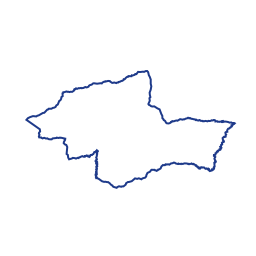 Ribas do Rio Pardo, Mato Grosso do Sul, Brazil, rotated 292°
{"feature_id": "56859067B15535908000846", "entity_name": "Ribas do Rio Pardo", "entity_type": "district", "adm_level": 2, "iso_a3": "BRA", "parent_name": "Brazil", "parent_adm1": "Mato Grosso do Sul", "projection": "albers", "projection_center": [-53.536, -20.581], "detail": "fine", "context": "isolated", "style": "outline", "palette": "blue", "viewbox_px": 256, "rotation_deg": 292, "n_neighbors": 0, "source": "geoboundaries", "source_scale": "gbopen_adm2", "svg_char_len": 5873}
<svg xmlns="http://www.w3.org/2000/svg" viewBox="0 0 256 256"><g transform="rotate(292 128 128)"><path d="M135.6,54.3L133.1,55.5L131.8,54.7L129.9,55.1L128.4,54.9L127.3,54.1L123.5,54.1L122.1,53.1L120.3,52.9L119.1,51.8L118.5,50.8L117.2,49.8L116.1,47.2L115.4,47.1L114.7,46.2L110.8,44.7L110.0,43.4L106.3,40.5L105.3,39.2L104.4,38.7L103.4,35.4L101.4,33.1L99.6,31.5L97.5,30.8L93.8,46.7L91.9,47.8L90.2,47.3L89.4,47.5L88.5,48.5L86.8,48.5L86.0,49.2L86.7,51.0L86.4,51.5L86.4,52.8L86.8,53.1L87.5,54.0L87.5,55.9L88.2,57.2L88.0,57.8L88.0,59.1L88.9,61.5L90.1,62.0L92.0,65.5L92.4,65.6L92.7,67.3L93.6,68.5L93.5,68.8L93.9,69.6L94.6,73.7L93.5,73.7L93.4,74.1L91.0,73.8L89.8,74.1L89.1,75.9L89.2,77.1L87.6,78.8L80.9,80.8L80.5,82.3L78.2,83.6L76.9,85.1L78.7,87.4L79.6,88.0L80.2,90.2L80.1,90.8L80.3,91.4L81.5,92.5L81.6,93.5L82.6,93.8L83.1,94.7L83.8,95.1L84.8,96.2L84.7,97.3L85.2,98.1L85.0,98.3L85.2,98.7L85.9,98.5L86.3,99.5L87.0,99.8L87.1,100.3L86.8,100.8L87.2,101.2L86.6,101.8L86.7,102.7L87.3,102.9L87.1,103.2L87.4,103.3L88.9,103.4L89.6,104.8L90.2,104.9L90.8,105.6L93.1,105.8L93.7,106.8L94.5,106.9L95.2,107.3L95.2,107.9L95.6,107.8L95.4,108.6L95.1,108.8L94.2,108.4L93.2,108.8L93.2,108.5L92.9,108.4L92.1,109.2L91.4,109.1L90.6,109.6L88.6,109.6L88.1,110.3L87.2,110.9L86.5,110.5L85.4,111.3L85.0,110.7L84.8,111.1L84.9,112.0L83.9,112.2L83.8,111.7L83.5,111.8L83.7,111.5L83.2,111.7L83.4,112.5L82.8,112.4L82.3,112.9L82.4,113.2L81.5,113.4L80.8,113.1L80.5,113.1L80.6,113.8L79.0,113.7L78.6,114.5L77.9,114.6L77.4,114.2L76.9,114.8L75.5,114.7L75.3,114.8L75.8,115.2L75.5,115.5L74.7,115.2L74.1,116.1L73.4,116.4L73.1,115.8L72.8,116.1L72.2,115.6L71.6,116.4L71.2,116.4L71.1,116.7L70.8,116.6L70.3,116.9L70.3,117.2L69.8,117.0L69.6,117.3L69.9,117.6L69.9,119.8L68.9,123.9L69.1,126.0L69.7,127.1L70.0,129.0L70.4,129.8L69.9,131.8L69.1,133.3L68.8,135.2L68.3,135.6L68.0,136.5L68.3,139.9L69.2,140.2L70.6,141.5L71.0,143.8L71.6,144.3L72.2,145.7L74.7,147.1L76.0,146.9L76.5,147.2L77.9,148.2L78.3,149.1L80.1,151.4L83.9,153.4L84.3,155.6L85.4,156.9L85.5,159.7L86.6,160.2L88.5,162.6L90.0,163.0L91.1,162.7L93.7,162.9L95.6,164.7L97.8,165.3L98.3,165.8L98.4,166.5L99.2,168.3L98.9,168.8L99.2,169.7L98.9,170.4L99.1,170.7L100.1,171.5L100.7,171.5L101.3,172.4L102.7,173.4L104.9,173.4L106.8,174.3L106.8,174.9L107.4,176.1L107.7,176.0L108.6,176.7L108.5,177.4L109.4,178.8L109.5,180.1L111.1,181.0L112.2,182.7L113.0,183.3L113.3,184.3L113.0,185.5L113.3,187.7L113.8,188.0L113.6,188.4L114.4,190.0L114.4,190.7L114.9,191.0L115.2,192.3L116.3,193.5L116.7,194.6L117.2,196.1L117.1,197.2L117.4,197.4L117.3,198.2L117.9,198.7L118.3,199.9L118.9,200.2L118.7,201.9L118.8,202.2L119.1,202.0L119.3,202.2L118.9,204.3L118.5,204.7L118.9,205.3L118.1,205.9L117.9,206.9L118.3,207.1L118.0,207.8L117.4,208.0L117.1,209.0L117.5,209.2L117.1,209.4L117.3,210.0L118.2,210.1L119.1,210.7L119.2,211.0L118.9,211.2L119.9,213.2L119.2,215.1L120.0,216.1L119.7,216.6L119.9,217.1L119.6,217.5L119.8,217.8L120.4,217.9L120.3,218.5L119.7,218.9L119.2,218.7L118.7,220.0L120.0,221.6L120.8,221.2L121.3,221.4L121.3,221.7L120.8,221.7L120.8,222.2L121.4,222.7L122.4,223.0L123.1,222.9L123.3,222.3L123.6,222.2L124.5,222.4L124.8,222.7L128.2,221.0L128.9,221.4L128.8,221.8L129.6,222.1L129.9,221.9L129.7,221.5L130.0,221.1L130.9,220.8L131.2,220.2L132.0,219.6L133.8,219.8L134.3,218.1L135.2,217.8L135.9,219.0L136.6,219.0L137.4,218.6L138.2,219.4L139.3,219.2L139.6,220.1L140.5,220.3L140.8,220.0L141.6,220.8L142.5,220.8L142.5,221.8L142.9,221.9L143.5,221.7L144.5,222.0L144.7,220.9L145.1,220.5L145.9,221.1L147.3,220.7L147.8,221.4L148.1,221.5L149.5,220.6L150.6,221.2L150.7,221.8L151.2,222.1L152.1,221.4L152.3,220.6L154.1,219.5L155.7,220.2L155.8,221.0L156.6,221.8L157.7,221.2L158.6,221.5L159.1,220.7L160.3,220.0L160.9,220.3L161.7,221.5L163.0,220.8L164.8,221.1L165.5,222.1L166.4,222.2L166.8,222.9L168.1,223.2L168.2,223.6L168.6,223.7L169.0,223.1L169.4,222.9L169.8,223.7L170.3,224.1L171.0,224.1L171.4,224.8L172.3,225.2L172.4,224.5L171.6,222.7L171.8,221.7L171.0,220.0L171.1,219.0L170.8,217.2L170.3,215.4L169.7,214.6L170.2,213.5L169.7,212.7L168.8,213.2L168.6,212.7L169.0,212.0L168.0,210.6L168.0,210.0L167.4,209.0L167.7,208.2L166.8,206.6L167.6,206.2L167.8,205.4L167.5,204.4L166.7,203.8L166.5,202.7L165.6,202.0L165.0,201.0L164.7,199.8L164.0,199.3L163.6,197.2L162.6,195.8L162.6,195.0L162.3,194.8L162.4,194.0L161.9,193.0L162.2,191.5L162.1,191.1L161.4,190.8L161.0,189.2L161.3,188.3L160.7,187.7L161.1,186.8L160.8,186.1L160.5,183.8L160.2,183.2L160.5,182.1L159.9,181.2L160.2,180.9L160.0,179.8L159.1,179.2L158.3,178.0L157.1,177.0L156.9,176.3L156.2,175.5L155.7,173.0L153.3,171.2L153.3,170.5L152.5,169.2L151.3,167.9L151.0,166.5L150.4,166.1L150.0,166.2L149.6,165.5L148.9,165.5L148.1,164.8L147.4,163.9L146.9,162.2L147.2,161.2L148.3,160.0L148.6,159.3L148.7,158.2L149.4,157.6L149.9,156.3L152.2,155.2L153.3,153.8L157.1,150.3L157.2,148.0L157.9,144.3L157.0,142.4L156.9,141.1L157.3,140.0L157.3,138.7L157.9,137.9L161.4,138.0L163.7,136.7L165.0,137.2L166.8,135.9L168.9,134.8L172.0,134.7L175.4,134.0L177.5,132.5L181.5,130.9L183.7,128.9L184.7,127.6L187.4,125.7L188.0,124.4L187.4,123.1L186.0,121.8L185.9,120.9L184.4,118.2L183.8,116.3L181.1,115.6L180.8,114.5L179.8,114.3L178.2,112.3L178.2,111.8L177.3,111.8L176.3,109.0L175.7,109.1L174.9,107.9L173.5,107.1L172.7,107.0L171.7,106.4L171.6,105.8L171.1,105.9L169.7,105.2L169.3,104.4L167.8,103.1L167.2,102.1L166.6,102.0L166.1,100.9L165.3,100.4L165.0,98.1L164.2,97.1L163.9,96.4L164.4,93.9L164.7,93.6L164.2,91.9L163.1,90.5L163.0,89.8L162.2,89.3L162.2,88.7L160.6,87.3L159.5,87.0L159.2,85.7L157.5,82.8L156.7,79.6L156.1,78.8L154.6,78.1L153.6,76.7L152.6,76.0L151.5,75.9L150.4,74.8L150.0,74.1L150.1,73.3L149.4,72.4L148.6,71.9L147.5,70.1L147.6,69.5L146.7,68.2L146.6,67.5L145.3,66.2L145.3,65.0L144.6,64.9L144.0,63.8L143.7,63.7L143.4,64.1L142.8,64.1L140.7,62.8L140.1,61.2L139.4,60.3L139.2,58.7L138.8,58.2L138.8,57.2L137.4,55.6L136.9,54.6L136.1,54.7L135.6,54.3Z" fill="none" stroke="#1e3a8a" stroke-width="2"/></g></svg>